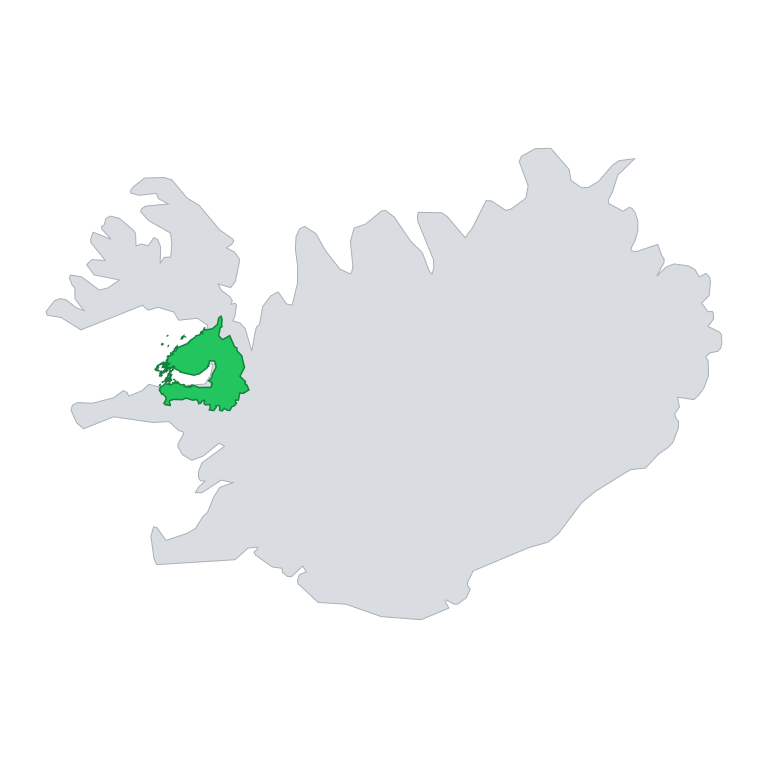 Dalabyggð, Vesturland, Iceland (highlighted)
{"feature_id": "244011B70126368142347", "entity_name": "Dalabyggð", "entity_type": "district", "adm_level": 2, "iso_a3": "ISL", "parent_name": "Iceland", "parent_adm1": "Vesturland", "projection": "albers", "projection_center": [-22.364, 65.186], "detail": "fine", "context": "in_parent", "style": "filled", "palette": "green", "viewbox_px": 768, "rotation_deg": 0, "n_neighbors": 0, "source": "geoboundaries", "source_scale": "gbopen_adm2", "svg_char_len": 9815}
<svg xmlns="http://www.w3.org/2000/svg" viewBox="0 0 768 768"><path d="M581.3,187.7L588.2,187.5L598.7,181.2L613.0,164.6L619.3,160.6L634.7,158.7L617.7,175.2L612.6,191.7L608.3,200.0L608.7,203.4L623.1,211.3L629.1,207.4L632.0,208.3L635.1,212.5L637.9,221.1L637.9,230.5L635.2,240.2L630.9,248.6L631.9,251.0L636.3,251.7L657.7,244.4L661.6,255.4L664.1,258.9L664.0,262.8L656.7,276.1L666.1,267.1L674.0,263.9L688.5,265.9L694.9,269.5L699.3,276.8L705.9,273.4L709.7,277.4L710.5,282.1L709.1,295.5L701.7,303.1L708.0,311.8L712.2,311.4L713.3,313.4L713.6,319.0L708.0,326.4L719.7,332.2L721.4,334.7L721.9,343.1L720.7,348.1L717.9,351.3L710.2,352.8L705.9,356.5L708.2,361.4L708.5,375.7L703.9,388.0L698.9,394.9L693.8,399.6L677.6,397.2L679.4,407.1L674.6,413.9L676.3,418.9L678.6,421.2L678.4,427.9L672.9,442.4L668.3,447.4L658.7,454.0L645.4,468.1L630.5,469.6L595.5,491.3L581.9,502.4L558.4,533.6L547.9,542.2L529.2,547.5L473.2,570.9L467.5,582.6L467.4,585.1L470.2,589.3L466.4,597.6L458.1,604.0L453.9,604.2L446.4,599.9L445.6,602.3L448.9,608.1L421.1,619.7L381.3,616.6L345.9,604.2L318.1,602.4L298.0,583.6L297.5,580.5L299.4,574.5L306.3,571.9L302.8,566.0L291.4,576.7L287.6,576.5L282.5,572.4L282.2,568.3L272.4,567.0L255.4,555.0L254.0,552.2L258.0,548.0L257.2,547.3L248.1,548.1L235.1,559.7L156.6,564.6L154.0,558.6L150.9,536.2L153.6,526.8L156.9,527.7L166.0,540.4L186.9,533.4L195.3,528.6L203.1,516.3L207.5,512.4L213.7,496.9L220.0,487.3L233.0,482.7L221.3,480.1L201.9,492.7L195.4,492.7L198.4,487.3L205.0,481.2L200.4,480.7L198.6,478.0L198.4,472.2L201.8,462.9L224.5,446.3L219.1,443.2L203.4,455.9L191.8,460.3L182.4,454.6L177.9,446.8L178.2,443.5L183.7,433.6L182.8,431.7L179.0,430.7L169.0,421.6L153.0,422.5L113.6,416.8L83.6,428.8L76.6,422.8L71.0,410.1L72.4,405.3L77.6,402.6L92.1,403.3L113.5,397.8L123.3,390.6L127.1,392.5L128.8,396.1L142.0,390.7L149.0,384.3L160.7,387.5L204.9,384.0L210.5,375.5L212.7,365.4L211.7,363.4L195.6,372.7L191.9,372.6L173.2,367.7L166.4,362.2L168.7,357.7L178.5,348.2L203.6,332.1L207.0,328.8L207.4,325.0L197.4,318.3L178.7,320.2L173.9,312.1L158.3,307.3L148.0,310.2L142.5,305.3L80.9,329.9L61.3,317.6L47.2,315.2L46.1,311.5L54.7,300.5L60.4,298.6L66.0,299.8L76.6,308.0L84.0,310.6L75.0,298.9L74.8,287.8L72.0,284.9L69.3,277.5L70.6,275.0L81.7,276.9L99.2,290.0L108.0,287.9L119.5,280.0L94.1,274.9L86.6,264.7L92.2,259.6L105.3,260.5L91.1,242.9L90.5,239.9L93.1,232.2L111.1,239.3L101.7,228.9L101.5,226.6L104.3,224.8L105.9,218.5L110.4,216.1L119.5,218.4L133.6,230.4L135.6,233.8L136.0,245.8L141.6,244.0L148.3,245.8L153.9,237.6L157.7,239.5L160.6,246.9L160.2,263.0L164.1,257.4L170.7,257.0L171.8,243.7L170.6,233.1L149.0,220.8L140.6,211.8L141.6,208.8L145.8,206.1L168.3,204.0L158.7,198.8L156.3,193.4L139.3,195.3L130.7,193.1L130.6,190.3L134.0,186.3L144.4,178.1L163.9,177.5L171.8,179.8L187.0,198.0L199.1,205.3L219.7,229.9L233.0,239.2L233.6,241.6L231.5,244.5L226.5,247.9L234.3,252.0L239.2,258.4L239.5,261.1L235.5,281.1L230.7,287.6L218.3,284.0L221.3,290.3L230.2,297.0L232.3,300.7L231.0,304.4L235.2,303.2L236.5,305.3L234.8,316.7L232.6,320.8L240.0,322.9L245.2,328.5L251.8,351.1L254.8,333.6L256.4,327.1L259.4,324.6L262.6,306.7L270.6,296.0L278.1,291.9L286.5,304.0L292.2,305.1L297.5,283.0L297.7,266.9L295.4,249.3L296.0,236.6L299.6,228.9L304.6,226.4L315.8,233.5L325.6,250.8L340.1,269.3L349.9,273.7L351.5,273.0L352.9,266.7L350.4,241.6L354.2,228.0L365.3,224.2L381.6,211.0L385.5,210.4L394.2,217.0L410.8,241.4L422.2,252.5L429.1,270.8L431.9,274.2L433.8,268.1L433.5,259.8L418.0,221.9L417.4,216.6L418.4,212.3L441.8,212.8L447.4,216.7L465.1,237.6L472.4,228.0L486.1,200.6L491.6,201.0L505.8,210.4L511.1,209.0L525.9,198.1L528.1,185.7L519.2,161.5L521.5,156.2L535.2,148.7L550.8,148.3L569.2,169.6L571.0,180.3L581.3,187.7Z" fill="#d9dde1" stroke="#a8b0b8" stroke-width="1"/><path d="M248.9,389.9L247.0,385.2L245.0,383.7L245.5,381.6L239.9,376.2L244.5,367.5L241.7,355.7L237.1,350.9L236.8,347.9L234.5,346.7L229.7,335.6L222.5,339.7L218.9,335.9L218.7,334.6L219.6,331.7L219.9,328.0L222.0,326.6L221.6,325.2L222.1,319.4L221.0,316.2L218.7,318.0L217.4,324.5L212.3,328.8L205.6,330.0L204.5,329.1L204.4,328.5L204.6,327.6L204.6,327.2L204.4,328.5L204.5,329.2L203.9,328.9L203.2,331.0L201.6,331.6L202.4,332.8L201.8,332.9L202.3,333.6L201.7,333.5L201.4,332.5L200.5,331.8L200.9,332.6L199.9,334.8L195.7,335.9L195.3,337.0L190.5,340.3L187.9,343.7L175.2,348.5L176.9,349.1L176.0,349.8L175.9,351.0L174.4,351.1L174.3,350.2L172.4,352.2L172.4,353.3L173.1,353.5L172.3,354.2L172.6,354.6L170.3,355.3L170.1,356.1L168.0,355.9L167.7,356.3L168.6,356.1L167.5,359.2L166.3,360.3L166.8,361.5L165.8,362.6L165.2,362.4L164.9,362.9L163.5,363.3L163.1,363.8L166.2,363.3L166.6,362.9L166.4,362.0L166.9,361.6L166.7,362.1L167.8,363.0L170.4,363.5L168.5,363.7L168.2,364.4L168.8,364.4L168.6,364.7L166.2,366.4L167.9,364.4L166.5,363.8L165.3,365.0L166.1,366.1L164.5,365.8L165.2,365.6L165.1,364.8L163.8,365.1L164.4,366.4L163.5,365.7L163.1,366.3L165.3,367.9L168.8,367.6L168.4,368.1L169.4,368.1L169.9,368.8L169.7,369.7L170.9,368.2L170.6,367.6L172.9,367.8L172.5,366.2L173.3,365.9L174.5,366.6L174.2,366.9L174.6,368.4L180.8,371.7L180.5,372.1L193.9,375.2L199.3,373.8L207.1,367.8L207.8,366.6L207.6,366.0L208.7,366.2L208.5,364.1L209.3,362.7L209.3,361.0L213.9,360.9L215.4,362.2L215.1,364.3L216.2,365.6L215.8,366.5L216.0,367.7L212.1,374.7L212.0,377.3L208.5,380.8L211.8,382.4L212.0,383.1L211.5,383.0L211.5,384.2L212.2,384.7L211.3,386.0L211.4,386.7L210.0,388.2L210.3,387.3L198.9,387.5L193.9,385.5L191.5,385.9L191.7,385.2L189.6,386.3L190.9,386.8L190.2,387.4L188.7,387.2L189.1,386.5L188.5,386.2L185.6,387.1L184.2,386.1L184.6,385.1L184.1,384.6L180.2,384.6L177.7,381.8L175.9,382.8L176.3,383.2L173.1,382.8L173.5,383.3L171.1,384.8L165.0,383.7L162.6,386.2L161.1,386.4L159.9,388.2L160.0,389.5L159.3,390.0L161.9,394.3L163.0,394.0L165.8,397.0L166.1,399.4L163.9,403.3L165.3,404.7L170.2,405.5L170.4,404.5L169.4,402.5L169.7,400.6L173.7,399.4L182.6,399.7L185.9,398.1L193.0,400.2L196.4,399.5L198.3,401.7L198.6,403.7L200.7,403.3L202.1,401.0L204.5,400.2L204.8,400.9L204.1,402.4L204.3,404.1L205.6,404.9L209.9,404.4L210.1,407.9L209.3,409.9L213.8,410.6L216.3,407.2L216.0,405.8L218.8,405.4L219.6,406.0L219.6,410.3L222.2,410.9L224.4,408.4L227.5,410.4L230.0,410.3L231.8,406.8L234.6,405.6L236.5,403.2L235.3,401.7L235.5,400.2L238.4,400.1L239.8,393.0L243.5,393.3L248.9,389.9ZM170.2,378.5L168.6,379.0L167.1,378.8L166.8,379.6L166.1,379.7L166.7,379.2L166.3,379.1L165.4,379.9L171.3,379.9L171.1,379.0L169.9,379.1L170.2,378.5ZM160.2,364.1L157.6,365.6L156.5,367.6L158.5,367.3L157.3,367.4L158.6,365.1L160.8,364.4L160.2,364.1ZM160.8,372.7L159.9,373.2L160.3,373.7L159.4,373.9L160.4,374.0L160.2,374.8L161.6,374.1L160.8,372.7ZM164.1,362.7L163.6,362.1L163.3,362.2L162.9,362.7L162.2,362.9L162.0,363.1L161.6,363.1L160.4,364.0L164.1,362.7ZM164.9,370.1L163.2,370.9L164.9,370.3L165.2,370.8L164.7,371.4L166.0,371.8L166.6,371.3L164.9,370.1ZM168.5,368.6L166.6,368.1L165.8,368.9L167.2,369.1L167.0,369.9L168.5,368.6ZM168.4,377.9L166.2,377.9L165.6,379.0L168.4,377.9ZM157.5,368.6L155.9,369.2L156.6,369.2L155.2,369.4L156.1,370.4L157.5,368.6ZM170.7,380.7L167.9,380.5L169.8,381.4L170.7,380.7ZM167.6,381.6L166.7,381.3L165.4,382.6L167.6,381.6ZM164.0,371.9L162.9,372.0L162.2,373.0L163.8,372.8L164.0,372.3L163.5,372.1L164.0,371.9ZM175.3,347.8L176.6,347.1L176.8,346.5L175.3,347.8ZM170.6,378.2L169.5,378.3L169.0,378.4L170.6,378.2ZM171.9,370.8L171.4,370.7L170.6,370.8L171.5,371.3L171.9,370.8ZM170.6,376.3L170.2,376.4L169.7,377.1L170.4,377.3L170.6,376.3ZM170.6,375.5L169.6,375.3L169.3,375.5L170.6,375.5ZM169.1,374.5L168.8,374.3L167.5,375.5L167.9,375.4L169.1,374.5ZM164.2,381.6L163.2,381.7L162.7,382.2L164.2,381.6ZM166.7,380.2L165.9,380.3L165.4,381.0L166.1,380.9L166.7,380.2ZM170.1,373.4L169.7,373.1L168.9,374.0L169.6,373.9L170.1,373.4ZM169.5,382.8L168.6,383.1L169.6,383.1L169.5,382.8ZM162.6,372.2L161.9,371.7L161.6,372.6L162.6,372.2ZM183.1,337.0L183.5,336.0L182.7,336.5L183.1,337.0ZM171.3,374.5L170.9,374.4L170.0,374.8L170.5,375.0L171.3,374.5ZM165.3,370.1L165.5,369.0L164.9,369.4L165.3,370.1ZM161.4,375.2L160.4,375.3L161.5,375.3L161.4,375.2ZM171.7,376.0L171.3,375.1L171.1,375.4L171.7,376.0ZM182.5,337.6L181.8,337.3L181.5,338.2L182.5,337.6ZM158.8,370.6L158.4,370.2L157.8,370.7L158.1,370.9L158.8,370.6ZM161.7,371.4L161.2,371.0L160.8,371.3L161.7,371.4ZM169.0,383.7L168.1,383.8L167.8,384.0L168.6,384.1L169.0,383.7ZM171.2,353.5L171.2,353.3L170.8,353.0L170.7,353.5L171.2,353.5ZM168.3,378.3L167.6,378.5L167.4,378.7L167.9,378.8L168.3,378.3ZM171.2,375.9L170.5,375.8L171.6,376.2L171.2,375.9ZM162.6,344.6L162.1,344.3L161.8,344.5L162.2,344.9L162.6,344.6ZM169.5,373.0L168.7,373.4L168.7,373.6L169.5,373.0ZM176.4,381.4L175.4,380.8L175.5,381.2L176.4,381.4ZM168.5,376.5L167.6,376.6L167.4,376.9L168.5,376.5ZM169.7,371.2L169.0,371.3L170.0,371.6L169.7,371.2ZM159.1,366.3L158.4,366.3L158.0,366.5L159.1,366.3ZM169.8,368.8L169.2,368.4L169.5,368.8L169.1,368.5L169.5,369.0L169.8,368.8ZM168.6,373.9L168.3,373.8L167.9,374.1L168.6,373.9ZM163.3,381.5L162.3,382.0L162.1,382.5L163.3,381.5ZM164.8,371.7L164.3,371.2L164.1,371.6L164.8,371.7ZM184.9,336.6L184.2,336.7L185.0,336.7L184.9,336.6ZM175.2,381.4L174.6,381.0L175.1,381.5L175.2,381.4ZM173.1,369.5L172.9,369.1L172.7,369.4L173.1,369.5ZM159.7,375.7L159.1,375.9L159.7,376.0L159.7,375.7ZM168.4,345.7L168.8,345.1L168.4,345.4L168.4,345.7ZM163.8,367.1L163.4,367.4L163.2,367.5L163.6,367.6L163.8,367.1ZM163.8,371.4L163.6,371.3L163.2,371.6L163.8,371.4ZM162.7,367.1L162.6,366.6L162.4,367.2L162.7,367.1ZM160.2,375.8L159.9,375.4L159.7,375.6L160.2,375.8ZM167.8,335.6L167.8,335.0L167.5,335.7L167.8,335.6ZM159.8,385.2L160.8,384.4L160.0,384.6L159.8,385.2ZM174.8,379.6L174.1,379.3L173.9,379.5L174.8,379.6ZM172.5,370.2L172.0,370.3L172.0,370.6L172.5,370.2ZM168.1,370.6L167.7,370.3L167.6,370.5L168.1,370.6ZM162.5,344.2L162.7,343.9L162.3,343.8L162.5,344.2ZM182.7,338.0L182.3,338.3L182.1,338.7L182.5,338.6L182.7,338.0ZM177.8,346.8L177.3,346.4L177.1,346.5L177.8,346.8Z" fill="#22c55e" stroke="#15803d" stroke-width="1.5"/></svg>